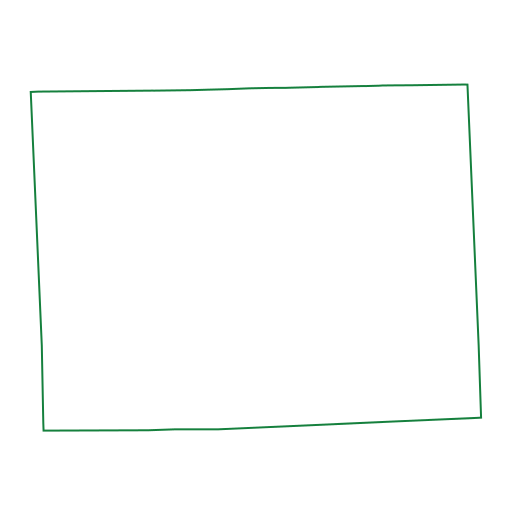 outline of Rock, Wisconsin, United States of America, rotated 178°
{"feature_id": "52423323B35843280156412", "entity_name": "Rock", "entity_type": "district", "adm_level": 2, "iso_a3": "USA", "parent_name": "United States of America", "parent_adm1": "Wisconsin", "projection": "equal_earth", "projection_center": [-89.089, 42.67], "detail": "fine", "context": "isolated", "style": "outline", "palette": "green", "viewbox_px": 512, "rotation_deg": 178, "n_neighbors": 0, "source": "geoboundaries", "source_scale": "gbopen_adm2", "svg_char_len": 571}
<svg xmlns="http://www.w3.org/2000/svg" viewBox="0 0 512 512"><g transform="rotate(178 256 256)"><path d="M299.6,84.1L124.5,85.8L41.2,86.5L36.7,86.6L36.6,158.9L38.7,419.9L41.8,420.1L94.2,421.2L115.1,421.8L123.9,422.0L126.7,421.9L140.6,422.0L142.1,422.1L186.2,422.8L187.5,422.7L217.0,423.0L220.5,423.0L223.1,423.1L236.4,423.5L257.0,423.8L278.0,423.7L299.5,423.9L301.1,423.9L315.2,424.0L315.3,424.0L351.8,424.8L353.9,424.9L467.9,427.9L475.4,427.8L473.2,173.8L474.4,96.8L474.4,88.9L369.7,85.6L343.7,85.6L299.6,84.1Z" fill="none" stroke="#15803d" stroke-width="2"/></g></svg>